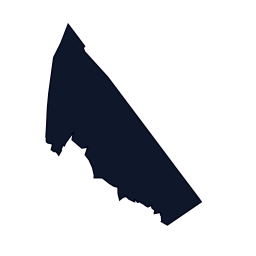 outline of Tafa, Niger, Nigeria, rotated 288°
{"feature_id": "59680162B63010488329613", "entity_name": "Tafa", "entity_type": "district", "adm_level": 2, "iso_a3": "NGA", "parent_name": "Nigeria", "parent_adm1": "Niger", "projection": "mercator", "projection_center": [7.225, 9.227], "detail": "fine", "context": "isolated", "style": "filled", "palette": "ink", "viewbox_px": 256, "rotation_deg": 288, "n_neighbors": 0, "source": "geoboundaries", "source_scale": "gbopen_adm2", "svg_char_len": 1335}
<svg xmlns="http://www.w3.org/2000/svg" viewBox="0 0 256 256"><g transform="rotate(288 128 128)"><path d="M208.0,39.1L187.9,38.0L172.2,35.6L136.7,42.0L123.8,44.9L115.5,47.1L104.2,50.2L94.3,52.8L92.7,53.7L91.7,54.1L90.5,54.3L89.6,55.0L89.1,56.4L89.3,58.6L89.6,60.2L89.2,61.0L88.0,61.5L83.7,61.8L82.8,64.8L83.3,66.9L82.2,68.7L80.8,70.5L84.2,71.2L86.2,71.5L87.3,70.7L89.3,71.2L90.5,71.0L91.7,71.7L91.4,72.9L94.8,73.3L100.4,75.1L107.6,77.5L99.6,78.5L94.7,90.3L97.4,95.7L89.3,95.7L85.7,100.9L79.5,106.6L72.4,110.8L70.3,111.2L72.7,118.9L70.7,124.6L69.6,127.5L68.4,132.3L68.6,136.8L62.5,139.0L57.1,142.3L59.6,143.9L61.3,145.4L62.0,146.9L62.5,147.0L62.2,147.5L62.0,148.3L61.4,149.7L60.9,150.3L60.6,152.1L60.4,153.3L60.0,155.8L60.0,157.0L62.1,156.5L62.0,157.7L60.4,160.0L61.6,162.3L61.0,163.9L60.5,166.6L59.5,169.2L59.2,171.3L61.9,174.2L59.4,175.6L58.2,178.7L57.7,179.2L56.3,179.2L54.9,179.5L57.6,184.4L57.8,184.8L56.9,185.2L55.7,185.9L55.3,186.4L55.0,186.4L54.8,186.7L54.7,187.1L54.2,187.3L52.8,187.7L52.1,188.1L51.8,188.3L51.6,188.3L51.1,188.6L50.8,188.6L50.2,188.9L49.9,188.9L49.7,189.0L49.4,188.8L48.0,195.4L80.4,220.4L81.1,219.5L81.4,219.0L82.4,217.7L91.9,204.2L104.5,186.1L117.1,168.3L157.5,110.8L169.6,93.6L170.4,92.3L187.1,63.1L190.4,60.5L192.3,61.4L193.5,59.7L208.0,39.1Z" fill="#0f172a" stroke="#020617" stroke-width="1.5"/></g></svg>